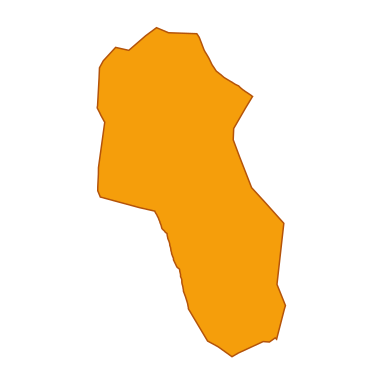 O'rgon, Dornogovi, Mongolia, rotated 275°
{"feature_id": "93677404B69643129623236", "entity_name": "O'rgon", "entity_type": "district", "adm_level": 2, "iso_a3": "MNG", "parent_name": "Mongolia", "parent_adm1": "Dornogovi", "projection": "robinson", "projection_center": [110.987, 45.045], "detail": "fine", "context": "isolated", "style": "filled", "palette": "amber", "viewbox_px": 384, "rotation_deg": 275, "n_neighbors": 0, "source": "geoboundaries", "source_scale": "gbopen_adm2", "svg_char_len": 3342}
<svg xmlns="http://www.w3.org/2000/svg" viewBox="0 0 384 384"><g transform="rotate(275 192 192)"><path d="M44.9,220.5L40.1,231.5L31.4,246.2L35.7,252.3L49.2,275.9L49.3,282.2L53.9,287.6L52.7,289.1L83.3,294.2L87.0,295.0L107.4,284.7L168.8,286.2L188.0,265.7L201.5,251.0L211.0,246.3L231.2,236.3L247.6,228.5L258.9,228.0L280.1,237.9L292.5,244.0L292.9,243.1L293.1,242.9L293.3,242.7L295.7,238.4L296.8,236.3L297.3,235.5L297.8,234.7L298.2,233.9L298.4,233.6L299.8,231.6L300.3,230.9L301.3,229.8L301.8,229.1L302.4,227.4L303.0,225.8L304.3,223.3L307.7,216.3L308.2,215.3L308.7,214.3L308.9,213.9L310.2,212.1L310.7,211.4L310.9,211.2L311.6,210.2L312.1,209.3L313.1,207.9L313.6,207.1L314.4,205.8L315.7,204.7L316.5,204.1L317.9,203.0L318.4,202.6L320.2,201.1L321.6,200.2L323.0,199.4L326.7,197.2L330.8,194.3L332.1,193.3L332.6,192.9L334.6,191.6L338.3,189.8L340.4,188.8L345.3,186.4L346.7,185.7L348.9,184.0L349.0,183.9L350.1,183.0L348.6,154.7L352.6,142.3L343.6,132.2L327.6,116.7L329.4,103.3L315.0,92.2L307.7,89.0L297.3,89.5L269.6,90.4L268.1,90.2L267.6,90.3L267.2,90.4L267.0,90.5L266.7,90.7L266.6,90.8L266.0,91.2L265.7,91.4L265.4,91.6L265.1,91.7L264.7,92.0L263.8,92.6L262.3,93.5L260.7,94.4L258.0,96.2L255.9,97.6L255.1,98.1L254.0,99.0L208.1,96.7L201.5,97.2L188.9,97.7L185.0,98.0L179.0,101.1L171.9,140.7L169.7,156.6L169.2,156.8L168.7,157.1L168.1,157.5L167.5,157.9L167.0,158.3L166.7,158.6L166.2,158.9L165.9,159.1L165.6,159.3L165.1,159.5L164.5,159.9L163.9,160.3L163.4,160.7L162.6,161.0L161.6,161.5L160.6,162.0L159.8,162.5L159.0,162.7L158.5,162.9L157.4,163.5L155.9,164.2L154.7,164.6L153.8,164.9L153.3,165.1L153.0,165.3L152.7,165.5L152.3,166.0L151.9,166.4L151.5,167.0L151.1,167.5L150.6,168.1L149.6,168.9L149.4,169.2L149.1,169.6L148.9,170.1L148.7,170.4L148.6,170.6L148.4,170.7L148.3,170.8L148.0,170.8L147.7,170.9L147.4,170.9L146.7,171.1L146.1,171.2L145.8,171.3L145.6,171.4L145.1,171.6L144.8,171.7L144.5,171.7L144.0,171.8L143.6,172.0L143.3,172.1L142.1,172.7L140.4,173.6L139.5,173.9L138.8,174.2L138.2,174.3L137.5,174.5L137.0,174.6L136.6,174.6L136.3,174.8L135.9,175.0L135.3,175.2L135.0,175.4L134.3,175.6L132.6,176.0L131.9,176.1L131.5,176.3L131.1,176.4L130.6,176.6L130.2,176.8L129.8,176.9L129.4,177.0L129.2,177.0L128.9,177.1L128.6,177.1L128.3,177.3L128.0,177.5L127.5,177.7L126.7,178.1L126.1,178.3L125.6,178.6L125.3,178.8L125.1,178.9L124.9,179.0L124.6,179.2L124.3,179.3L123.8,179.3L123.3,179.4L123.0,179.5L122.8,179.5L122.5,179.6L122.3,179.8L122.0,180.0L121.6,180.2L121.2,180.4L120.8,180.6L120.3,181.0L119.5,181.4L118.7,181.9L117.8,182.4L117.3,182.7L116.6,183.1L116.3,183.3L116.0,183.5L115.6,183.9L115.2,184.5L114.4,185.8L114.2,186.0L113.9,186.3L113.6,186.4L113.0,186.5L112.4,186.7L111.9,186.8L111.6,186.8L111.2,187.0L110.0,187.4L109.3,187.6L108.8,187.8L108.4,187.8L107.3,187.9L106.9,188.0L106.6,188.0L106.3,188.2L106.0,188.4L105.6,188.6L105.1,188.9L104.6,189.1L103.9,189.4L103.4,189.5L102.8,189.6L102.4,189.6L101.9,189.7L101.5,189.7L101.0,189.8L100.4,189.9L99.4,190.2L98.6,190.5L97.9,190.8L96.9,191.1L96.2,191.3L95.8,191.4L95.5,191.5L95.2,191.5L94.7,191.7L93.9,191.9L93.3,192.0L92.5,192.1L92.4,192.1L92.1,192.3L91.7,192.5L91.3,192.6L91.2,192.7L90.8,192.9L89.7,193.4L89.0,193.7L87.2,194.6L86.2,195.0L84.3,195.8L83.5,196.1L82.6,196.5L81.3,197.0L80.8,197.2L80.3,197.4L79.1,197.7L77.6,198.1L76.8,198.4L75.3,198.6L44.9,220.5Z" fill="#f59e0b" stroke="#b45309" stroke-width="1.5"/></g></svg>